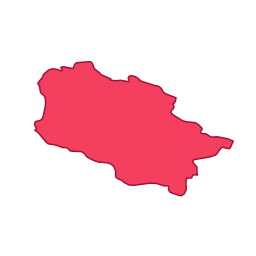 map outline of Alytaus (Equal Earth projection), rotated 26°
{"feature_id": "LTU-1067", "entity_name": "Alytaus", "entity_type": "County", "adm_level": 1, "iso_a3": "LTU", "parent_name": "Lithuania", "parent_adm1": "", "projection": "equal_earth", "projection_center": [24.158, 54.224], "detail": "fine", "context": "isolated", "style": "filled", "palette": "rose", "viewbox_px": 256, "rotation_deg": 26, "n_neighbors": 0, "source": "natural_earth", "source_scale": "10m", "svg_char_len": 2638}
<svg xmlns="http://www.w3.org/2000/svg" viewBox="0 0 256 256"><g transform="rotate(26 128 128)"><path d="M211.0,139.8L207.4,141.3L206.9,142.3L206.9,143.4L207.1,144.4L207.0,145.0L204.8,146.1L203.7,147.1L202.9,147.1L202.7,147.6L203.3,149.9L204.7,153.2L206.4,155.8L207.5,158.6L207.3,162.8L207.2,162.8L205.7,165.4L203.6,166.2L195.7,167.2L193.5,167.1L191.7,165.8L190.1,162.8L189.6,162.6L189.2,162.5L188.7,162.6L185.9,164.2L178.1,165.3L172.0,167.9L158.1,177.1L153.7,178.8L149.3,178.7L145.5,177.9L141.4,178.0L139.0,177.7L137.7,176.2L135.6,171.9L132.2,168.8L128.4,167.9L124.4,168.4L116.9,171.4L113.3,172.1L105.5,172.2L103.5,171.8L100.0,170.1L98.1,169.6L96.2,169.8L87.0,173.7L86.0,173.9L85.0,173.6L82.8,172.7L82.0,172.6L80.1,173.1L78.0,174.2L70.4,175.0L64.4,176.9L62.5,177.1L60.4,176.5L49.5,171.6L45.4,170.8L45.9,170.0L45.9,169.1L45.6,168.4L44.9,167.7L43.6,166.9L42.6,165.8L42.1,164.4L42.2,162.8L42.8,162.1L43.4,161.5L44.9,160.6L46.7,158.3L46.7,154.9L45.0,147.9L44.1,144.6L42.8,141.3L41.1,138.3L39.1,136.1L38.0,135.6L35.4,135.1L34.1,134.5L33.0,133.3L30.8,130.2L29.7,128.9L27.4,127.5L27.8,124.7L29.0,119.9L28.9,118.9L28.6,117.9L28.6,116.9L28.9,115.8L29.8,114.2L30.2,112.9L31.6,110.3L33.7,108.3L35.5,107.3L38.4,106.5L42.3,106.0L43.3,105.5L43.5,104.7L43.2,104.3L41.7,103.6L41.1,103.0L42.1,102.0L43.2,101.2L52.4,98.7L52.5,97.6L52.5,97.1L52.3,95.5L52.2,94.3L52.5,93.0L53.4,91.9L54.4,91.1L64.5,85.2L65.7,85.0L67.0,85.2L69.0,86.7L70.0,88.0L72.2,89.6L78.5,90.9L79.7,91.8L91.0,91.5L91.3,91.9L91.0,92.4L91.6,92.5L93.2,92.1L96.5,90.7L100.6,88.3L107.6,86.3L108.1,86.1L108.3,85.7L108.3,85.3L108.2,84.8L107.9,84.5L107.0,83.8L106.7,83.6L106.5,83.2L106.3,82.7L106.1,82.2L106.2,81.6L106.4,81.1L106.7,80.7L107.1,80.3L107.9,79.8L108.8,79.4L111.5,78.7L113.9,78.8L116.3,79.2L117.4,79.7L118.5,80.0L119.5,80.1L132.8,78.2L135.3,77.5L137.6,77.2L139.5,77.5L142.0,78.7L143.1,79.8L145.3,80.5L147.0,80.8L157.8,79.8L159.0,83.2L158.7,84.1L158.6,85.5L158.0,86.0L157.7,86.5L157.8,86.8L159.9,88.5L160.4,89.6L159.9,91.8L159.4,93.1L159.4,94.3L159.9,95.3L162.3,96.4L173.0,97.5L175.0,97.4L179.0,96.5L180.5,95.7L183.4,94.8L185.5,93.9L187.2,93.8L190.5,94.3L194.1,95.5L194.8,96.0L195.2,96.9L195.0,97.8L194.6,98.8L194.8,99.7L195.7,100.4L197.0,100.5L198.0,100.2L199.9,99.3L201.4,99.1L203.8,99.4L205.4,99.8L206.7,99.7L212.3,96.7L222.2,94.0L228.3,93.7L228.6,100.5L228.4,101.2L228.1,102.2L225.8,103.0L222.6,103.5L221.4,104.0L220.9,104.5L220.5,105.1L219.9,107.2L219.3,111.8L218.4,114.1L214.1,118.2L201.1,127.6L200.7,129.1L201.3,130.3L202.5,131.1L205.4,132.1L206.6,132.6L207.4,133.4L207.9,134.4L208.8,136.6L210.9,139.7L211.0,139.8Z" fill="#f43f5e" stroke="#9f1239" stroke-width="1.5"/></g></svg>